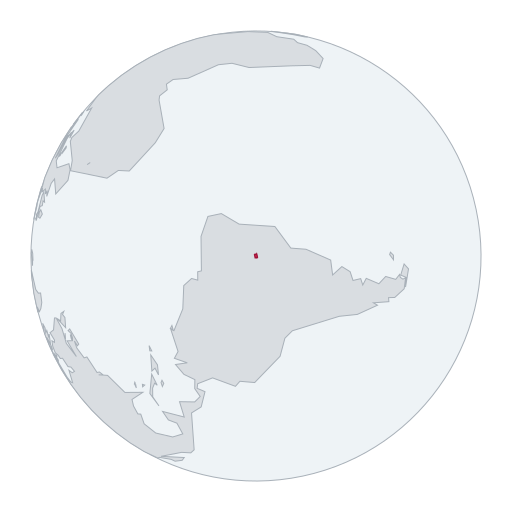 Distrito Federal highlighted on a globe, orthographic projection, rotated 258°
{"feature_id": "BRA-599", "entity_name": "Distrito Federal", "entity_type": "Federal District", "adm_level": 1, "iso_a3": "BRA", "parent_name": "Brazil", "parent_adm1": "", "projection": "orthographic", "projection_center": [-47.783, -15.766], "detail": "fine", "context": "on_globe", "style": "filled", "palette": "rose", "viewbox_px": 512, "rotation_deg": 258, "n_neighbors": 0, "source": "natural_earth", "source_scale": "10m", "svg_char_len": 5517}
<svg xmlns="http://www.w3.org/2000/svg" viewBox="0 0 512 512"><g transform="rotate(258 256 256)"><circle cx="256" cy="256" r="225" fill="#eef3f6" stroke="#a8b0b8"/><path d="M201.1,37.5L199.9,37.8L203.2,37.0L200.4,37.9L208.6,35.8L210.8,35.5L207.5,36.4L200.8,37.9L176.6,46.1L171.2,48.7L170.2,50.3L183.1,49.3L180.0,52.0L180.9,54.5L185.8,51.9L186.9,49.1L196.2,45.5L196.4,43.3L200.2,41.8L203.2,39.5L210.2,38.4L215.5,38.8L213.4,40.9L215.7,41.4L223.8,38.6L225.8,42.6L237.3,46.0L237.0,47.6L225.4,51.1L210.0,52.3L195.0,59.4L212.3,53.6L211.3,58.9L214.3,59.5L218.8,59.0L222.1,56.7L223.4,58.6L206.7,64.3L205.3,62.7L210.6,60.7L203.3,61.6L192.1,66.7L192.4,69.6L175.1,76.3L175.1,78.7L171.3,81.9L172.5,77.4L170.1,86.0L149.8,99.4L146.2,117.0L141.5,104.9L134.7,105.0L126.1,107.6L125.3,110.4L115.1,111.7L103.7,121.1L96.3,136.9L97.2,147.4L108.9,143.9L113.9,136.2L123.4,132.3L113.4,152.3L129.4,150.9L126.0,165.7L130.2,172.2L139.0,168.5L147.8,170.5L155.2,160.9L166.6,154.7L165.8,166.6L172.9,154.9L178.8,159.9L202.1,157.4L200.0,160.2L219.5,173.4L242.1,179.2L247.4,188.3L244.5,194.0L252.7,195.7L252.8,199.5L286.6,206.3L304.7,217.2L304.7,230.9L290.7,246.1L280.9,280.6L256.5,291.7L252.2,306.3L236.5,328.2L221.5,327.0L227.8,337.8L221.1,344.8L211.9,345.8L212.1,353.7L205.4,354.4L211.2,359.2L203.3,370.4L209.0,378.6L204.1,387.8L208.1,392.6L205.1,392.7L202.8,394.9L203.6,397.8L193.1,394.1L186.6,383.1L187.7,377.0L183.7,376.5L185.8,361.1L182.6,364.6L177.8,343.0L179.7,324.9L175.3,276.0L169.6,267.2L152.9,258.7L132.5,228.4L136.8,214.2L132.8,208.8L145.8,188.2L143.2,172.4L138.8,170.9L133.9,177.9L119.8,171.0L115.9,160.3L79.3,155.2L77.0,151.3L79.4,142.4L79.8,121.4L73.8,143.9L71.5,141.3L72.1,134.2L74.7,130.8L79.1,119.8L78.8,118.0L88.1,105.8L99.7,93.7L112.2,82.6L125.5,72.4L139.5,63.2L154.1,55.1L169.3,48.1L185.0,42.2L201.1,37.5ZM143.6,123.6L162.1,129.4L150.1,132.5L152.7,130.4L148.3,127.4L139.7,125.7L129.6,129.9L143.6,123.6ZM155.2,111.6L151.8,111.5L155.3,110.8L155.2,111.6ZM199.1,40.3L201.1,39.9L199.5,40.5L199.1,40.3ZM198.5,39.9L195.2,41.0L194.5,40.9L196.5,40.3L198.5,39.9ZM202.7,38.7L193.5,40.8L192.2,40.8L198.9,38.6L202.7,38.7ZM211.7,402.5L194.5,395.8L203.7,398.6L207.3,393.6L217.4,399.2L211.7,402.5ZM223.7,389.7L229.6,387.0L231.8,388.3L228.2,390.6L223.7,389.7ZM432.5,116.0L430.9,114.2L423.1,105.1L422.8,104.6L432.5,116.0ZM420.9,102.5L418.0,100.2L425.5,108.4L426.7,110.7L414.5,97.8L411.2,94.1L393.4,80.0L396.6,83.4L413.6,97.3L410.9,95.4L415.4,101.3L409.9,95.4L390.6,80.4L383.7,79.7L385.2,92.2L379.0,92.1L369.1,87.8L358.3,73.0L373.3,75.0L369.7,70.8L357.8,63.7L363.4,65.3L360.4,62.9L365.2,63.9L363.3,60.3L366.9,61.3L357.8,55.5L358.4,55.5L363.6,58.7L369.1,61.9L376.5,65.6L392.3,76.6L407.2,89.0L420.9,102.5ZM366.6,59.7L368.6,60.9L367.7,60.6L353.2,52.8L350.3,52.0L340.3,47.2L337.8,46.1L352.4,52.4L366.6,59.7ZM452.0,144.9L448.5,139.1L453.1,146.9L460.8,162.1L467.2,177.7L472.5,193.8L476.6,210.3L479.4,227.0L481.0,243.9L481.2,260.9L480.2,270.5L477.2,294.7L472.3,313.9L466.2,321.9L460.2,338.0L456.1,340.9L451.5,349.7L444.5,357.1L435.2,362.7L426.6,357.2L431.2,348.6L434.7,330.0L441.8,288.4L449.5,272.6L450.9,259.0L444.0,226.5L445.9,211.6L442.7,204.1L437.0,203.7L432.7,195.0L428.7,193.6L399.8,192.6L387.7,181.0L365.5,149.7L368.3,139.1L363.1,126.4L378.0,92.3L387.6,96.1L406.7,98.2L410.2,100.5L415.0,108.6L434.9,126.0L433.1,120.3L444.2,132.7L446.4,135.6L452.0,144.9ZM380.5,109.8L381.9,113.3L380.5,109.8ZM202.8,157.1L205.5,159.3L201.7,159.6L202.8,157.1ZM147.8,137.3L152.0,136.8L154.0,138.2L150.6,139.3L147.8,137.3ZM185.3,132.4L190.6,132.8L184.8,134.3L185.3,132.4ZM165.1,130.2L181.1,132.5L170.0,137.0L160.0,135.9L167.3,133.9L165.1,130.2ZM151.6,117.9L154.1,118.2L152.9,120.3L151.6,117.9ZM157.7,111.2L156.6,111.5L155.7,110.2L157.7,111.2ZM212.2,58.5L213.6,58.1L217.8,58.0L215.2,59.0L212.2,58.5ZM240.4,53.3L241.8,56.5L239.0,54.6L235.6,56.3L225.5,54.9L236.3,48.4L233.2,51.4L240.4,53.3ZM215.1,52.2L220.3,53.2L214.2,52.4L215.1,52.2ZM339.1,51.4L343.6,53.0L346.0,55.1L341.4,55.7L337.9,52.5L339.1,51.4ZM349.4,55.1L336.3,48.3L338.6,48.3L339.5,49.3L342.4,50.0L344.6,52.0L359.7,59.4L362.7,61.8L352.6,60.4L354.2,59.2L349.7,57.4L349.4,55.1ZM298.7,36.7L293.0,35.4L305.4,36.8L309.2,38.0L304.9,38.1L297.8,36.9L298.7,36.7ZM216.2,34.9L213.2,35.5L213.8,35.3L216.7,34.6L216.2,34.9ZM223.6,33.1L229.7,32.8L226.7,33.2L234.5,33.3L229.5,34.7L224.6,34.4L226.7,35.9L220.3,36.3L222.6,37.4L212.2,36.7L206.5,37.6L214.7,36.0L219.4,34.6L219.7,34.3L216.4,34.3L209.9,35.5L223.6,33.1ZM284.2,32.5L285.7,32.7L282.7,32.3L288.7,33.2L283.2,32.4L283.8,32.7L288.9,33.3L269.0,33.6L264.9,35.4L264.6,37.6L255.1,36.8L249.3,34.6L246.6,32.6L251.8,31.4L246.6,31.6L247.5,31.3L251.3,31.2L246.1,31.1L247.9,30.9L246.6,30.9L265.5,30.9L284.2,32.5ZM410.0,98.3L412.0,99.4L414.1,100.2L416.9,104.3L410.0,98.3ZM397.0,88.0L398.1,88.1L403.2,93.5L401.1,92.7L397.0,88.0ZM394.4,83.8L397.8,87.7L394.8,85.1L394.4,83.8ZM364.2,58.8L365.0,59.0L366.7,60.1L368.3,61.1L364.2,58.8ZM429.5,113.7L433.3,117.8L430.2,114.8L429.5,113.7ZM464.9,340.4L459.5,352.1L460.1,349.4L464.8,338.4L472.2,318.8L472.8,317.2L464.9,340.4Z" fill="#d9dde1" stroke="#a8b0b8" stroke-width="1"/><path d="M254.5,254.9L255.1,254.9L256.1,254.9L257.4,254.9L257.4,255.0L257.5,255.2L257.7,255.3L257.8,255.3L257.8,255.5L257.8,255.8L257.8,256.0L257.7,256.1L257.6,256.3L257.6,256.5L257.6,256.8L257.8,257.0L256.7,257.1L255.7,257.1L254.5,257.1L254.2,257.0L254.2,256.9L254.3,256.9L254.3,256.7L254.2,256.7L254.1,256.3L254.1,256.2L254.3,256.1L254.4,255.9L254.3,255.7L254.4,255.4L254.4,255.1L254.5,255.0L254.5,254.9Z" fill="#f43f5e" stroke="#9f1239" stroke-width="1.5"/></g></svg>